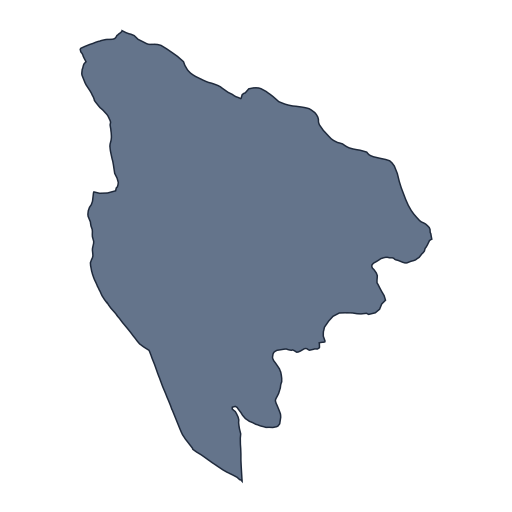 the district of Pakpak Bharat, Sumatera Utara, Indonesia
{"feature_id": "22746128B12751431115951", "entity_name": "Pakpak Bharat", "entity_type": "district", "adm_level": 2, "iso_a3": "IDN", "parent_name": "Indonesia", "parent_adm1": "Sumatera Utara", "projection": "mercator", "projection_center": [98.235, 2.53], "detail": "fine", "context": "isolated", "style": "filled", "palette": "slate", "viewbox_px": 512, "rotation_deg": 0, "n_neighbors": 0, "source": "geoboundaries", "source_scale": "gbopen_adm2", "svg_char_len": 5872}
<svg xmlns="http://www.w3.org/2000/svg" viewBox="0 0 512 512"><path d="M192.4,448.1L192.9,449.4L196.7,452.1L201.2,454.8L212.1,462.6L222.8,469.8L226.8,472.1L233.2,475.2L237.1,477.3L239.7,479.7L239.8,479.7L240.0,479.7L241.0,480.0L242.1,481.3L242.1,480.8L241.9,478.3L241.2,466.4L240.9,460.1L240.9,454.0L240.7,448.6L240.4,444.2L240.3,438.2L240.7,433.9L239.5,429.0L239.3,427.9L238.9,425.4L238.6,422.6L238.8,419.9L238.1,417.1L236.6,413.9L235.3,411.6L233.7,410.3L232.2,409.0L232.3,407.2L235.2,406.4L235.3,406.4L237.1,407.4L238.4,409.3L240.8,412.4L242.5,415.2L245.4,418.6L247.8,420.2L249.3,421.3L251.1,422.0L252.8,422.7L255.8,424.3L257.7,424.8L259.1,425.4L260.4,425.9L263.7,426.7L266.0,427.4L269.2,427.3L272.8,427.5L274.2,427.2L276.6,426.7L277.9,426.1L279.7,423.8L280.7,417.3L280.6,415.1L280.4,413.8L279.1,410.3L277.0,405.2L276.1,403.3L275.7,401.9L275.4,401.0L275.5,399.9L275.9,398.7L277.6,395.5L278.7,393.2L279.6,390.2L280.3,388.0L280.7,384.8L281.3,382.7L281.7,381.9L281.7,378.3L281.3,375.1L280.7,372.0L280.0,370.5L279.5,369.0L278.2,367.0L275.6,363.2L273.7,360.7L272.7,358.5L272.5,357.3L273.0,354.1L273.8,352.4L275.0,351.4L277.0,350.3L280.3,349.8L284.6,349.1L286.3,349.0L288.0,349.6L289.7,350.0L291.5,350.3L292.5,349.9L294.2,350.6L296.0,351.8L296.7,352.2L298.2,352.0L300.3,351.1L304.2,348.8L305.4,348.5L306.9,348.7L308.5,349.8L309.5,350.2L313.5,349.3L314.7,348.9L317.5,349.0L319.3,347.8L319.5,347.2L319.4,344.4L319.2,342.8L321.9,342.3L323.5,342.2L324.8,341.9L325.0,341.0L323.3,336.2L323.3,333.3L323.4,331.6L323.9,329.7L324.3,327.8L324.5,327.1L328.8,320.9L333.0,316.3L339.3,313.0L344.7,312.8L352.2,312.9L357.0,313.7L361.0,313.9L366.5,313.3L368.6,314.4L375.3,312.8L379.6,309.2L381.7,304.0L385.5,300.2L384.1,295.6L381.5,291.2L379.6,287.6L378.1,284.6L377.0,282.8L377.0,280.0L377.2,277.8L377.3,275.6L376.3,273.0L374.3,270.1L373.8,269.5L372.4,268.1L371.8,266.6L371.9,265.0L372.2,264.7L372.6,264.1L373.6,263.1L376.1,261.7L376.5,261.5L379.8,259.4L380.7,258.7L383.8,257.7L385.8,257.3L387.5,257.3L389.5,257.8L392.4,257.8L393.9,258.4L394.6,259.2L395.8,259.8L398.1,260.4L402.8,262.3L404.9,262.9L406.9,262.9L410.9,261.3L413.6,260.6L415.5,259.9L417.6,258.3L418.2,258.0L419.1,257.4L420.6,255.5L421.9,253.8L423.2,252.6L424.4,251.0L425.1,248.4L426.2,247.0L426.8,245.9L427.4,244.9L428.3,243.0L429.2,241.2L429.3,240.8L430.6,239.7L431.8,239.2L431.2,236.1L430.8,233.7L430.2,232.5L430.0,229.4L429.2,227.5L427.5,225.7L425.7,224.1L424.0,223.1L421.3,221.9L419.5,220.5L416.3,217.0L413.8,214.1L411.2,210.5L408.2,205.2L405.6,199.3L403.1,192.7L401.2,187.7L399.3,181.6L397.3,173.5L394.3,166.0L392.0,162.9L389.7,160.8L385.7,159.5L381.9,158.7L379.1,158.1L376.6,157.5L373.5,156.8L370.7,155.7L369.1,154.8L367.8,153.5L366.7,152.1L363.6,151.2L360.0,150.2L356.8,149.7L353.2,149.0L349.2,147.9L347.3,147.0L345.4,145.9L342.5,143.9L339.6,143.0L337.5,142.5L333.6,140.5L331.2,138.8L328.6,136.1L323.3,130.4L321.2,127.4L319.5,125.0L318.9,123.5L318.5,122.1L318.4,119.3L317.8,117.1L316.4,114.6L314.8,112.6L311.0,109.8L309.1,108.7L307.0,108.1L304.3,107.5L301.9,107.1L296.3,106.3L292.8,106.0L288.4,105.1L284.9,104.1L279.8,102.1L278.7,101.6L275.1,98.4L272.8,96.4L270.2,94.4L268.3,93.1L266.0,91.4L261.0,88.7L258.7,88.0L256.1,87.8L253.5,87.9L248.8,88.8L245.2,92.9L243.8,93.4L242.2,94.6L241.5,97.0L241.2,98.2L240.8,98.6L239.6,98.1L238.2,97.5L235.9,96.7L234.3,95.8L232.3,94.4L228.0,92.3L225.2,90.3L222.2,88.2L220.4,86.8L217.9,85.5L214.5,84.2L211.6,83.2L208.4,82.4L206.1,81.5L203.2,80.2L195.6,76.5L193.0,74.9L190.5,73.1L189.5,72.1L187.9,70.4L187.3,69.6L184.8,65.3L183.5,61.7L177.5,56.4L173.0,53.2L166.6,48.8L161.0,45.4L157.6,44.5L154.7,44.3L149.8,44.4L148.1,44.2L146.5,43.6L143.6,42.1L138.0,39.3L136.2,37.5L134.2,35.6L130.9,34.2L129.1,33.8L126.1,32.7L125.1,32.2L122.1,30.7L122.1,30.8L121.8,31.4L120.8,32.5L119.4,33.5L118.7,34.0L117.7,35.0L116.9,35.5L116.4,36.5L115.7,37.6L114.6,38.6L113.2,39.1L111.8,39.3L109.4,39.4L107.7,39.4L106.0,39.5L103.2,40.1L101.1,40.6L99.6,41.2L98.3,41.4L95.6,42.3L92.8,43.5L89.9,44.4L84.7,46.5L81.9,47.8L80.7,48.4L80.2,49.4L80.5,50.6L80.8,51.9L82.1,53.5L82.8,54.9L83.2,56.2L84.2,58.3L85.3,60.4L86.0,61.8L84.3,63.5L83.8,64.3L83.2,66.1L82.8,67.9L82.2,69.5L81.9,72.2L81.8,73.4L81.8,73.9L82.0,75.1L82.4,76.2L83.8,79.7L85.0,82.7L86.1,84.9L90.0,90.8L91.4,93.2L92.4,95.4L93.1,96.6L93.3,97.0L94.1,99.0L94.4,100.4L95.5,102.0L98.5,105.8L100.0,107.6L102.7,109.9L105.1,112.5L106.6,114.1L107.7,115.5L109.0,118.1L109.1,118.4L110.1,120.5L110.5,121.8L110.6,122.2L110.1,124.9L110.4,126.9L110.8,129.1L110.9,130.5L111.2,132.7L111.4,135.9L111.4,137.7L111.1,140.2L110.6,142.1L110.1,144.1L109.9,146.2L110.1,148.2L110.4,150.8L111.2,154.7L112.1,158.8L112.8,161.4L113.2,163.7L113.4,164.8L114.7,173.4L117.1,178.2L118.3,182.5L118.0,184.7L117.4,186.8L116.3,187.9L115.6,190.8L107.5,193.0L99.6,193.3L93.9,191.9L93.5,192.8L92.5,201.3L91.3,204.7L89.5,207.3L88.3,210.7L87.9,214.2L88.1,216.3L90.4,221.9L90.6,223.7L91.0,226.0L92.2,229.4L92.4,231.5L92.3,234.6L92.4,236.7L93.7,241.4L93.6,243.4L92.5,248.3L92.4,250.1L92.8,253.9L92.9,255.9L92.4,257.9L91.6,259.5L90.4,262.8L90.6,265.6L91.1,268.2L91.5,270.4L91.8,271.8L92.2,272.8L92.3,273.6L93.6,277.4L94.5,279.7L96.0,282.8L97.4,286.0L97.1,285.6L98.5,288.2L98.6,288.5L99.4,290.2L100.1,291.4L101.0,293.5L101.5,294.6L102.2,296.0L104.5,299.6L106.9,302.8L107.1,302.6L108.6,305.0L110.9,308.2L115.1,312.9L117.0,315.3L116.9,315.4L117.6,316.3L119.0,317.9L119.3,318.2L120.6,320.0L122.7,322.8L126.9,327.8L130.3,332.0L132.9,335.5L135.0,338.1L137.4,341.3L139.6,343.9L143.5,346.8L147.4,349.3L149.0,350.3L149.7,351.8L150.1,352.9L151.0,355.2L152.0,358.1L154.6,364.6L156.2,369.1L157.7,373.4L159.1,377.1L159.3,377.4L160.7,381.3L162.7,386.7L165.6,393.5L167.0,397.1L168.6,400.8L170.5,405.5L171.8,409.2L172.2,409.9L172.4,410.3L176.4,420.2L179.8,428.6L181.5,432.6L182.0,433.5L182.1,433.9L182.9,435.3L183.8,436.6L185.4,439.1L186.6,440.6L187.2,441.4L192.4,448.1Z" fill="#64748b" stroke="#1e293b" stroke-width="1.5"/></svg>